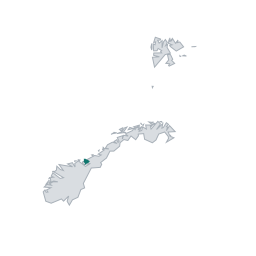 Åfjord nor, Sør-Trøndelag, Norway shown in context, rotated 29°
{"feature_id": "86288312B63643757450384", "entity_name": "Åfjord nor", "entity_type": "district", "adm_level": 2, "iso_a3": "NOR", "parent_name": "Norway", "parent_adm1": "Sør-Trøndelag", "projection": "albers", "projection_center": [10.134, 63.948], "detail": "fine", "context": "in_parent", "style": "filled", "palette": "teal", "viewbox_px": 256, "rotation_deg": 29, "n_neighbors": 0, "source": "geoboundaries", "source_scale": "gbopen_adm2", "svg_char_len": 5256}
<svg xmlns="http://www.w3.org/2000/svg" viewBox="0 0 256 256"><g transform="rotate(29 128 128)"><path d="M144.4,125.3L139.9,128.4L140.9,129.8L140.4,134.5L134.5,133.5L133.9,139.0L130.0,140.1L128.2,144.7L129.5,148.0L126.8,155.1L123.4,157.0L123.7,164.7L120.8,171.5L122.6,172.5L122.8,175.9L115.3,180.8L115.8,198.1L119.1,201.4L116.6,204.7L117.8,212.9L114.2,217.8L114.1,223.9L110.3,221.6L109.1,216.3L107.1,223.2L104.2,222.3L97.3,231.0L91.6,231.9L84.8,225.0L85.4,222.4L87.6,223.9L89.0,222.8L86.8,221.7L89.5,217.6L83.3,220.3L84.4,216.6L88.7,215.2L86.5,214.7L88.6,211.4L92.7,209.1L88.7,210.4L83.6,216.5L84.2,212.4L86.5,212.3L84.2,209.1L86.7,207.1L84.2,207.4L84.0,203.6L93.1,205.0L95.7,202.7L84.6,202.3L85.8,199.6L84.3,195.9L89.0,197.1L92.1,196.5L85.4,193.4L98.3,188.8L92.6,188.7L96.2,185.3L100.6,187.8L98.7,184.8L100.5,180.8L109.5,182.2L112.3,177.2L106.6,181.7L104.6,179.9L112.2,168.2L116.2,166.9L117.6,164.6L114.6,165.3L117.8,158.9L116.8,157.7L121.4,155.6L118.0,156.4L118.2,152.6L121.2,148.0L125.8,146.9L122.3,146.6L123.9,143.6L126.3,145.5L126.6,143.9L123.2,141.5L127.1,137.3L128.4,140.4L127.7,136.5L132.1,135.0L128.5,134.4L133.2,128.1L133.3,125.2L135.4,126.3L134.4,124.8L137.4,121.5L137.8,125.0L139.3,119.9L139.4,125.5L141.2,123.5L140.2,120.0L144.6,120.0L142.0,116.8L145.9,114.7L148.7,117.8L150.9,107.7L154.4,108.7L153.7,115.5L156.3,107.3L157.7,111.7L158.7,110.4L159.0,104.8L161.7,105.2L161.0,108.2L162.1,108.0L162.9,111.7L163.2,105.8L171.0,108.3L165.0,112.1L168.8,114.8L172.9,114.3L168.5,121.8L168.5,117.5L167.3,115.9L162.0,113.7L157.8,118.4L158.3,124.9L156.5,129.1L148.0,129.8L144.4,125.3ZM117.8,32.5L120.9,34.2L121.0,37.7L122.1,35.7L123.0,38.5L128.8,42.0L124.9,45.8L121.7,61.9L115.1,54.3L120.9,50.5L115.2,52.0L114.2,49.9L121.0,46.0L119.5,45.4L120.0,44.0L115.8,43.8L115.9,46.4L113.0,48.1L109.3,42.2L111.3,42.1L110.4,39.3L109.0,40.7L107.9,35.4L113.4,34.4L113.8,35.2L111.4,36.9L114.1,38.7L115.5,35.0L118.9,41.4L117.3,35.4L117.8,32.5ZM123.5,28.2L128.5,30.9L129.0,27.3L129.6,27.6L129.7,29.5L131.6,27.7L137.3,30.1L132.9,37.3L125.4,36.2L124.4,35.5L126.2,33.9L122.5,34.3L121.5,33.1L122.4,32.0L120.7,31.4L123.2,31.3L122.7,29.6L123.8,30.3L123.5,28.2ZM129.5,43.2L133.8,46.2L133.4,47.7L137.5,48.9L134.0,53.9L133.2,53.7L133.3,51.6L129.8,53.1L130.6,48.8L126.9,44.6L129.5,43.2ZM126.0,134.4L128.5,132.7L121.1,138.2L124.7,134.0L124.6,130.0L126.6,127.7L126.0,134.4ZM129.3,126.6L132.8,125.9L129.0,129.4L129.3,126.6ZM132.5,124.1L136.9,119.6L134.9,124.0L132.5,124.1ZM107.8,42.6L110.3,46.5L110.9,48.3L108.9,46.3L107.8,42.6ZM123.2,130.5L124.1,134.0L121.2,133.4L123.2,130.5ZM147.4,110.3L146.0,113.1L143.3,112.6L146.1,111.5L147.4,110.3ZM148.1,112.0L147.8,115.1L146.6,114.5L148.1,112.0ZM117.8,138.6L120.6,137.7L117.7,140.1L117.8,138.6ZM147.3,24.3L144.1,26.2L147.4,24.1L147.3,24.3ZM141.8,37.0L144.2,36.8L140.9,38.3L141.8,37.0ZM152.5,107.1L154.2,106.0L154.9,106.4L152.5,107.1ZM149.1,111.0L149.1,112.6L148.3,111.4L149.1,111.0ZM139.9,117.2L140.1,118.7L139.3,118.3L139.9,117.2ZM129.8,79.4L129.8,80.9L128.9,79.8L129.8,79.4ZM139.6,40.0L138.5,40.1L138.3,39.6L139.6,40.0ZM110.4,168.2L111.0,169.5L109.3,169.2L110.4,168.2ZM136.5,117.4L137.6,117.8L138.3,118.6L136.5,117.4ZM121.1,29.6L121.6,30.4L121.0,30.2L121.1,29.6ZM101.4,179.9L99.4,180.0L101.5,179.3L101.4,179.9ZM98.4,182.0L97.6,183.1L97.3,182.5L98.4,182.0ZM117.2,140.5L116.3,141.8L117.3,139.7L117.2,140.5ZM83.7,209.6L83.4,211.3L83.4,209.0L83.7,209.6ZM116.1,158.0L115.6,156.9L116.2,157.0L116.1,158.0ZM168.8,113.2L169.0,114.5L168.9,114.3L168.8,113.2ZM116.6,158.9L115.6,159.2L116.9,158.7L116.6,158.9ZM113.5,161.4L113.7,162.4L113.1,162.1L113.5,161.4ZM83.7,202.1L83.1,203.1L83.3,202.3L83.7,202.1Z" fill="#d9dde1" stroke="#a8b0b8" stroke-width="1"/><path d="M107.2,178.6L107.4,178.6L107.8,178.5L108.1,178.8L108.2,179.3L108.5,178.7L108.7,178.4L108.9,178.1L109.3,177.8L109.4,177.6L109.4,177.4L109.5,177.4L109.5,177.2L109.5,176.9L109.7,176.7L109.7,176.4L109.9,176.3L109.9,176.2L109.6,176.2L109.3,176.2L108.9,176.3L108.7,176.3L108.4,176.1L108.1,176.2L107.9,176.4L107.8,176.5L107.7,176.7L107.3,176.7L107.2,176.8L107.2,176.7L106.9,176.6L106.9,176.4L106.7,176.3L106.5,176.5L106.5,176.4L106.4,176.4L106.5,176.5L106.7,176.8L106.6,177.0L106.4,177.0L106.5,177.1L106.4,177.1L106.5,177.3L106.4,177.2L106.4,177.3L106.4,177.5L106.4,177.4L106.3,177.5L106.2,177.6L106.3,177.7L106.5,177.6L106.4,177.5L106.5,177.6L106.9,177.4L106.7,177.6L106.8,177.5L107.2,177.3L107.3,177.2L107.2,177.3L107.0,177.5L106.9,177.6L106.7,177.7L106.6,177.8L106.4,177.9L106.3,178.0L106.2,178.0L106.3,178.0L106.2,178.0L106.3,178.2L106.6,177.9L106.6,178.0L106.8,177.9L106.7,177.9L106.8,177.9L106.7,177.9L106.8,177.8L106.7,177.8L106.8,177.8L106.8,177.7L106.8,177.8L106.9,177.7L106.9,177.8L106.9,177.7L106.9,177.8L106.9,177.7L107.0,177.7L107.3,177.6L107.2,177.7L107.2,177.8L107.3,177.8L107.2,177.9L106.8,177.9L106.8,178.0L106.5,178.1L106.4,178.2L106.3,178.3L106.5,178.4L106.8,178.4L107.0,178.4L107.0,178.5L107.2,178.4L107.2,178.6ZM106.3,176.5L106.2,176.5L106.2,176.8L106.3,176.9L106.5,176.8L106.6,176.7L106.3,176.5ZM106.0,176.8L105.9,176.8L105.7,176.9L105.8,176.9L105.8,177.0L106.0,177.1L105.9,177.1L106.0,177.2L105.9,177.2L105.9,177.3L106.0,177.3L106.1,177.2L106.1,176.9L106.0,176.8ZM106.2,177.8L106.1,178.0L106.2,177.9L106.2,177.8Z" fill="#14b8a6" stroke="#0f766e" stroke-width="1.5"/></g></svg>